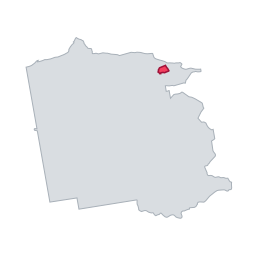 location of Ar Rusayris, Blue Nile, Sudan, rotated 260°
{"feature_id": "16777658B20285079264513", "entity_name": "Ar Rusayris", "entity_type": "district", "adm_level": 2, "iso_a3": "SDN", "parent_name": "Sudan", "parent_adm1": "Blue Nile", "projection": "natural_earth1", "projection_center": [34.492, 12.166], "detail": "fine", "context": "in_parent", "style": "filled", "palette": "rose", "viewbox_px": 256, "rotation_deg": 260, "n_neighbors": 0, "source": "geoboundaries", "source_scale": "gbopen_adm2", "svg_char_len": 4623}
<svg xmlns="http://www.w3.org/2000/svg" viewBox="0 0 256 256"><g transform="rotate(260 128 128)"><path d="M173.4,209.8L171.2,209.8L170.9,209.2L171.0,207.5L171.2,206.3L172.0,204.3L171.8,203.2L171.9,201.7L171.3,199.9L166.1,194.9L165.1,193.5L162.2,192.2L162.7,190.8L161.6,180.5L162.2,179.3L162.3,177.5L162.3,175.9L163.0,173.2L163.1,172.1L157.5,172.0L157.4,173.2L157.7,174.5L157.7,175.0L149.9,175.0L153.0,179.0L153.1,180.8L152.9,183.0L153.0,184.5L153.1,185.4L154.0,187.2L153.9,187.5L153.7,188.0L148.2,193.4L147.3,195.9L146.5,197.2L144.9,199.4L139.9,205.2L139.0,205.5L135.2,205.7L134.8,205.9L134.5,206.1L134.3,206.1L131.1,202.7L125.5,198.6L121.9,200.8L120.9,201.5L120.8,203.5L120.3,204.5L119.3,205.6L116.6,206.3L115.2,206.9L113.5,208.0L111.8,209.8L111.7,210.8L111.9,211.6L102.5,211.6L101.9,210.9L100.6,207.9L99.6,208.0L91.1,207.7L89.9,208.0L87.4,209.3L86.2,209.5L85.0,208.9L80.5,202.9L79.5,202.2L78.5,200.7L77.6,200.1L77.3,199.6L77.2,199.0L77.2,197.7L76.9,196.9L76.2,196.7L70.2,198.1L69.3,197.9L68.0,198.2L67.6,198.4L67.1,199.2L67.0,200.8L66.8,201.7L66.4,202.6L64.6,204.6L64.2,205.5L64.3,207.7L64.2,208.9L63.9,209.4L63.2,210.3L62.9,210.8L62.6,213.6L61.6,215.4L61.4,216.0L61.3,217.2L61.2,217.6L58.4,218.6L57.4,219.2L56.8,220.2L56.6,220.6L55.5,220.3L54.0,220.0L51.1,219.7L50.0,219.3L49.5,218.6L49.7,216.9L49.4,216.5L48.9,216.2L48.6,215.4L48.7,214.5L50.2,212.5L50.5,211.4L51.0,206.4L50.9,204.8L49.7,202.0L47.0,197.1L46.4,196.2L43.0,192.1L42.6,191.5L41.8,189.9L42.7,186.1L42.8,185.1L42.6,184.0L41.7,183.2L41.0,183.2L40.0,182.2L39.3,181.7L38.7,180.8L38.3,179.6L38.7,175.2L38.5,174.6L37.6,174.5L37.4,174.2L37.5,173.3L37.0,170.8L36.5,168.8L36.8,167.6L36.1,166.1L34.7,165.4L32.0,165.9L31.1,165.8L30.6,165.5L30.2,165.0L30.0,164.3L30.2,163.3L31.0,161.4L31.9,159.9L33.9,158.5L34.5,157.7L34.8,156.9L34.8,156.0L34.7,155.0L34.5,154.1L33.9,152.8L33.4,151.4L33.4,150.5L33.7,149.8L34.2,149.0L36.2,147.3L38.2,146.0L38.5,145.5L38.4,145.0L37.5,143.8L37.3,141.7L36.8,140.2L37.8,139.1L38.6,138.7L39.7,138.3L40.2,137.9L40.3,136.9L40.3,136.1L40.7,135.4L41.3,134.1L41.8,133.4L43.3,131.8L43.7,130.8L43.8,129.8L43.4,126.8L44.3,125.5L45.5,124.4L47.1,124.5L49.6,124.3L51.3,123.8L52.5,123.9L55.3,124.4L55.6,124.2L55.7,123.4L56.6,65.6L68.0,65.6L68.6,38.2L140.4,38.2L141.0,38.1L142.1,35.5L142.6,35.4L143.3,35.5L143.6,36.1L143.0,38.2L205.6,38.2L205.8,41.3L206.3,43.8L208.1,47.4L209.6,49.3L210.2,50.4L210.2,50.9L210.2,51.3L209.7,50.8L208.9,50.4L208.8,52.1L209.2,55.5L209.8,57.9L209.4,60.2L209.5,63.9L210.3,68.4L210.1,71.3L211.5,78.0L212.8,81.7L213.5,82.7L214.3,83.1L215.8,83.5L218.0,85.4L219.8,87.4L220.4,88.4L221.3,89.6L221.9,89.4L222.2,89.1L222.8,90.0L225.6,92.0L226.0,92.9L225.0,93.8L223.9,95.4L223.3,96.9L223.0,97.3L222.1,98.2L221.9,98.7L221.5,99.0L221.1,99.0L220.1,99.5L219.3,99.3L218.4,99.6L218.1,99.9L217.4,100.2L216.5,100.4L215.0,101.6L213.7,102.2L213.3,102.7L212.7,105.2L212.2,105.8L210.3,105.9L209.4,106.1L208.1,105.8L207.5,105.9L207.3,106.4L207.1,108.5L207.2,109.4L206.1,111.8L206.4,116.3L205.4,119.7L205.3,120.5L204.2,123.1L203.7,124.1L202.4,129.1L201.9,130.6L200.8,132.2L202.0,144.2L201.0,147.9L201.1,149.9L200.4,152.9L199.9,154.2L199.1,155.9L198.3,157.7L197.7,160.1L197.3,164.7L197.1,165.2L193.8,165.7L192.7,166.0L192.0,166.6L191.1,167.7L189.4,171.0L188.5,173.0L187.1,175.7L185.5,177.6L185.1,178.5L184.9,180.3L184.3,183.0L183.7,185.0L183.8,186.5L183.3,189.3L183.4,190.6L182.8,191.3L182.0,192.0L181.5,192.2L179.2,190.4L177.5,191.7L176.5,193.4L175.7,195.2L176.1,199.0L176.1,199.8L175.9,200.7L174.3,204.4L173.9,206.1L173.4,209.1L173.4,209.8Z" fill="#d9dde1" stroke="#a8b0b8" stroke-width="1"/><path d="M177.7,167.4L177.6,167.5L177.4,167.9L177.1,168.1L176.9,168.3L176.4,168.6L175.9,168.9L176.0,169.0L176.2,169.4L176.1,169.6L176.3,169.6L176.5,169.8L176.7,170.0L176.7,170.4L176.7,170.5L176.6,170.9L176.6,171.2L176.7,171.3L176.6,171.5L176.7,171.9L176.7,172.1L176.7,172.3L176.4,172.7L176.2,173.0L176.1,173.4L176.2,173.6L176.1,174.0L176.3,174.5L176.4,174.8L176.4,175.1L176.6,175.3L176.6,175.6L176.6,175.8L176.7,176.0L176.7,176.3L176.7,176.6L176.8,176.8L176.8,177.0L176.9,177.4L176.9,177.6L177.0,177.8L177.1,178.1L177.4,178.2L177.6,178.2L177.8,178.0L179.9,177.3L180.7,176.7L181.1,176.5L183.2,175.7L182.9,174.8L182.9,174.5L182.8,174.3L182.8,173.9L182.6,173.4L182.6,173.0L182.5,172.8L182.5,172.6L182.4,172.3L182.4,172.1L182.3,171.8L182.1,171.0L182.1,170.9L182.0,170.3L181.9,170.0L181.8,169.6L181.6,169.3L181.3,169.1L180.7,168.7L180.5,168.4L180.3,168.3L180.1,168.1L179.8,168.0L179.7,168.1L179.4,168.0L179.1,167.9L178.8,167.8L178.6,167.8L178.5,167.6L178.2,167.7L177.9,167.5L177.7,167.4L177.7,167.4Z" fill="#f43f5e" stroke="#9f1239" stroke-width="1.5"/></g></svg>